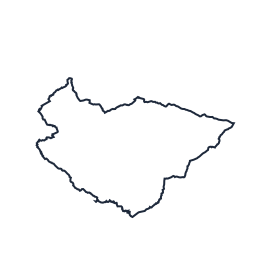 the district of Hankha, Chai Nat, Thailand, rotated 139°
{"feature_id": "78962969B11374583847622", "entity_name": "Hankha", "entity_type": "district", "adm_level": 2, "iso_a3": "THA", "parent_name": "Thailand", "parent_adm1": "Chai Nat", "projection": "natural_earth1", "projection_center": [99.977, 15.032], "detail": "fine", "context": "isolated", "style": "outline", "palette": "slate", "viewbox_px": 256, "rotation_deg": 139, "n_neighbors": 0, "source": "geoboundaries", "source_scale": "gbopen_adm2", "svg_char_len": 5839}
<svg xmlns="http://www.w3.org/2000/svg" viewBox="0 0 256 256"><g transform="rotate(139 128 128)"><path d="M208.3,174.8L208.4,172.9L209.0,172.9L208.8,170.9L208.8,169.7L209.2,168.6L209.2,167.3L209.7,167.3L209.7,165.6L210.4,165.6L210.4,162.9L210.9,162.9L211.0,159.0L209.8,158.6L209.6,158.3L209.4,156.3L209.6,155.7L209.6,154.4L209.2,153.6L209.0,152.7L208.3,152.0L208.4,151.2L207.5,149.8L207.6,147.5L207.2,143.5L206.7,142.5L205.5,141.5L205.2,140.9L205.2,140.2L205.5,139.7L205.4,138.8L205.1,138.4L204.3,138.0L203.8,136.5L203.7,133.0L203.4,131.6L203.7,130.0L204.2,129.5L203.7,128.0L205.0,127.2L206.3,125.7L206.4,124.8L205.6,123.0L206.0,121.4L207.1,120.6L206.9,119.1L207.2,117.7L206.5,116.0L206.4,115.0L205.5,114.0L205.5,112.2L204.4,111.9L202.9,112.1L201.9,111.4L201.7,109.4L201.7,107.3L201.1,106.4L200.9,105.5L199.9,105.0L199.4,104.5L199.4,103.8L199.0,103.4L199.1,102.8L199.0,101.9L198.8,101.5L198.7,99.6L198.2,99.1L198.2,98.1L197.7,97.6L197.0,96.3L196.9,95.6L197.6,95.1L198.0,94.5L198.0,93.2L198.3,93.1L199.4,93.6L200.4,93.3L200.6,93.6L200.6,93.3L200.4,93.2L199.3,93.6L198.7,93.3L197.2,89.5L195.9,88.1L194.0,87.3L193.7,86.9L192.4,87.1L192.5,86.5L192.4,86.1L191.7,85.8L191.6,85.3L191.3,85.1L189.5,85.1L189.2,85.3L189.0,84.6L189.4,84.2L189.1,83.2L188.6,83.0L188.3,82.2L187.4,82.3L187.0,82.1L187.0,81.3L187.5,80.8L187.6,80.4L186.7,79.4L185.9,79.2L185.7,79.0L185.9,78.5L186.7,77.5L187.3,75.7L186.6,75.2L184.5,73.3L184.4,72.3L184.8,71.4L185.2,71.2L185.3,70.5L185.8,70.3L185.9,69.0L186.2,68.5L185.9,68.2L185.6,68.2L185.3,67.4L184.8,67.2L184.4,67.4L183.8,67.1L183.6,66.0L182.8,65.8L182.3,65.5L183.3,65.2L184.0,64.5L183.3,63.5L182.3,63.4L181.9,63.8L181.7,63.6L182.1,63.2L183.0,63.0L183.1,62.0L183.6,61.4L183.7,59.7L183.4,59.4L183.4,58.8L183.0,57.9L175.4,57.4L174.5,57.0L169.8,54.4L167.5,54.6L165.7,53.8L164.4,53.5L164.2,53.7L163.2,53.4L163.1,53.6L162.7,52.8L162.3,52.6L160.7,52.8L158.6,52.7L158.1,52.9L156.8,52.3L156.1,52.8L155.2,52.0L153.9,51.8L153.6,52.5L153.0,52.4L151.6,53.3L151.3,53.1L150.8,53.5L150.2,53.4L149.4,53.1L148.4,54.4L147.2,55.2L146.8,55.1L145.9,56.5L145.5,56.6L144.8,56.2L144.1,56.3L143.6,56.7L142.4,58.6L141.8,58.3L140.7,58.5L139.8,60.2L137.7,61.7L135.3,64.3L133.6,65.8L132.7,64.9L132.2,64.8L131.1,63.7L127.8,62.5L125.3,62.1L124.8,61.2L124.8,60.2L124.2,60.1L123.0,59.3L121.8,57.3L120.9,56.3L118.6,54.8L118.2,54.1L117.3,54.0L115.4,55.0L115.0,55.6L113.3,56.7L112.0,57.1L111.1,57.8L109.7,58.4L108.3,60.1L107.6,59.9L105.7,60.6L104.7,61.4L103.5,61.9L102.8,62.6L99.3,61.0L95.5,59.8L94.6,59.9L92.9,59.6L88.3,59.7L85.4,59.1L83.3,59.1L82.1,58.9L80.4,60.3L80.0,60.4L79.0,60.3L77.7,59.5L77.5,58.6L76.9,58.6L76.5,58.3L75.2,56.3L74.9,56.5L72.2,56.8L71.3,57.1L70.8,56.8L69.4,57.0L68.3,57.8L67.9,57.9L67.0,58.7L66.7,59.3L66.7,60.3L65.8,60.5L65.2,61.2L64.5,61.0L62.9,61.8L61.4,61.6L59.2,62.1L58.0,62.1L56.7,62.7L54.4,62.0L53.2,61.4L52.5,61.6L50.4,60.9L48.9,60.8L45.0,62.2L46.4,63.7L47.8,67.9L48.8,69.5L51.0,71.2L54.2,74.9L54.8,76.4L55.8,77.9L56.7,78.7L57.0,80.9L58.9,82.5L61.0,85.1L61.2,85.8L61.1,87.4L61.3,88.1L63.3,88.9L65.3,89.0L66.2,89.7L66.6,91.4L67.9,94.3L68.2,95.9L68.8,97.1L69.7,99.8L70.6,100.9L71.7,103.1L72.3,103.7L72.9,105.2L74.4,106.7L75.1,107.8L76.3,111.8L77.2,112.8L77.5,114.3L78.0,115.5L80.1,116.9L81.1,119.4L82.4,119.6L84.9,119.2L85.5,119.5L86.2,120.8L86.5,122.3L87.2,123.2L87.5,125.7L88.6,126.2L89.2,127.1L89.3,128.0L90.3,128.9L90.4,130.0L92.0,131.3L92.5,132.6L92.9,133.1L96.3,134.6L97.0,135.7L98.5,136.7L98.5,137.0L98.3,137.7L97.2,138.8L97.1,139.5L99.4,142.8L99.7,144.1L100.4,144.1L100.4,144.9L102.9,145.0L104.4,145.4L104.4,144.1L105.0,143.9L109.4,143.9L110.6,144.5L112.2,144.6L113.0,145.2L113.3,145.9L113.8,146.2L114.4,147.4L115.4,148.3L117.4,148.7L118.9,150.0L119.9,150.0L120.9,150.5L121.2,150.3L122.3,150.8L124.4,151.0L125.1,150.7L126.4,151.6L126.8,152.3L128.3,152.9L129.8,153.1L130.5,153.0L131.2,153.4L131.9,154.1L132.4,154.0L133.3,154.4L134.3,154.4L135.5,154.7L135.1,155.9L135.5,157.0L135.6,157.8L135.0,158.4L134.6,159.3L134.9,159.7L134.6,160.2L134.7,160.9L134.2,162.0L134.3,162.8L134.1,164.2L134.3,164.9L136.9,166.9L137.8,168.0L138.7,168.4L139.5,169.9L140.6,172.3L139.3,173.3L138.7,174.1L140.4,176.4L141.4,177.2L143.6,178.0L146.3,179.7L146.4,180.4L146.2,183.7L145.3,186.8L144.6,187.2L144.6,187.8L144.2,188.3L144.2,189.0L144.5,189.7L144.5,191.6L144.8,192.3L144.7,192.8L144.3,193.2L144.2,193.6L143.6,193.7L142.9,194.4L142.2,196.9L141.6,197.6L141.1,199.3L140.5,199.4L140.5,199.9L140.1,200.2L139.9,200.8L138.6,201.3L138.1,202.1L138.8,203.3L139.7,204.2L140.6,204.0L142.1,204.1L143.2,202.7L144.0,201.1L144.6,200.8L146.3,201.1L146.5,200.5L147.0,200.4L148.4,200.5L150.2,201.1L151.3,201.3L151.5,202.0L152.2,201.9L153.6,202.1L154.2,202.3L155.6,202.4L155.7,203.0L156.6,203.0L157.3,203.4L159.5,202.9L160.6,203.1L162.2,202.8L162.4,202.6L162.5,202.2L163.3,202.3L163.9,202.8L164.6,202.7L164.6,203.1L166.2,203.4L166.6,203.2L166.8,202.8L167.4,202.5L169.1,202.0L169.4,199.5L178.2,201.3L178.1,200.9L179.2,200.6L180.4,199.9L181.9,199.4L182.0,199.4L182.2,200.4L182.9,200.3L183.7,199.8L183.7,199.2L184.7,199.2L184.5,197.2L184.5,195.8L185.0,192.6L186.1,191.4L186.4,190.0L185.4,189.0L186.6,184.8L186.8,183.5L185.4,181.8L185.2,181.9L184.7,181.5L184.4,181.1L184.4,180.8L183.2,179.5L183.4,179.1L183.1,179.1L182.8,178.6L182.8,178.1L182.3,177.8L182.4,177.6L182.1,177.2L182.3,177.0L182.0,176.1L182.0,175.1L181.8,175.0L182.1,174.6L182.2,174.0L182.5,173.7L182.8,172.5L183.3,171.4L183.9,171.1L188.4,172.4L189.1,172.9L189.8,172.3L189.8,171.2L190.3,171.4L190.3,170.1L190.8,170.4L191.6,170.5L191.9,170.7L192.9,170.9L193.2,171.3L193.2,171.7L193.9,172.8L195.5,174.2L195.9,174.1L196.0,173.7L196.8,173.0L197.4,173.4L199.3,173.5L200.5,174.9L201.7,175.2L202.4,176.2L202.6,177.3L203.4,177.2L203.8,176.9L203.9,176.5L204.1,176.3L205.1,176.8L206.5,176.2L206.7,176.3L206.9,175.9L207.2,175.8L207.2,174.9L208.3,174.8Z" fill="none" stroke="#1e293b" stroke-width="2"/></g></svg>